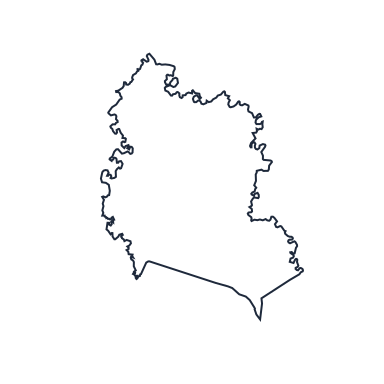 Mueang Yang, Nakhon Ratchasima, Thailand, rotated 247°
{"feature_id": "78962969B16605171909127", "entity_name": "Mueang Yang", "entity_type": "district", "adm_level": 2, "iso_a3": "THA", "parent_name": "Thailand", "parent_adm1": "Nakhon Ratchasima", "projection": "orthographic", "projection_center": [102.902, 15.442], "detail": "fine", "context": "isolated", "style": "outline", "palette": "slate", "viewbox_px": 384, "rotation_deg": 247, "n_neighbors": 0, "source": "geoboundaries", "source_scale": "gbopen_adm2", "svg_char_len": 6121}
<svg xmlns="http://www.w3.org/2000/svg" viewBox="0 0 384 384"><g transform="rotate(247 192 192)"><path d="M136.3,112.9L144.9,122.3L145.2,124.6L144.7,125.8L99.1,178.2L91.1,188.2L87.9,191.5L79.4,195.5L74.7,200.7L70.0,202.9L61.1,204.3L59.9,204.3L59.5,203.8L54.1,203.4L48.1,204.9L62.0,212.9L67.0,214.4L72.9,248.0L74.3,258.7L75.6,260.7L75.7,262.9L76.6,263.6L78.1,263.6L79.6,262.4L79.8,261.4L78.5,259.0L79.2,258.0L80.7,257.3L81.7,257.8L81.8,260.0L82.6,261.1L86.5,261.3L88.4,262.4L89.5,262.2L89.8,261.5L89.3,260.3L87.0,257.7L89.5,254.7L92.2,256.7L92.1,259.4L93.2,260.7L94.4,260.7L97.4,258.8L98.1,258.9L97.8,260.3L95.5,261.3L95.4,262.5L100.0,265.9L101.1,267.6L102.3,268.0L105.7,267.6L106.6,267.0L106.5,262.2L107.8,261.2L109.1,261.2L109.9,262.1L110.0,263.1L109.1,265.6L109.7,266.6L110.7,266.8L111.9,266.1L112.7,264.4L114.0,263.0L117.1,261.5L118.3,261.6L119.4,262.8L120.2,261.9L125.4,260.8L126.2,259.9L126.1,256.9L127.0,255.8L130.0,255.8L131.7,258.8L136.1,257.7L137.7,256.8L138.2,255.4L135.9,253.4L135.4,251.8L136.5,250.2L138.3,249.2L138.3,246.1L140.2,243.7L140.5,241.2L142.1,238.7L142.0,235.5L142.8,235.4L144.4,236.5L145.7,236.7L148.8,234.9L150.3,234.9L151.0,236.0L150.2,238.8L150.7,239.7L153.0,240.4L155.7,239.0L155.9,241.3L156.5,242.1L160.2,242.7L162.2,245.5L162.7,247.1L160.5,250.5L161.2,251.5L163.3,252.3L165.6,252.0L165.7,248.8L164.3,247.6L166.4,245.9L167.2,245.9L168.0,247.4L168.0,249.8L170.1,251.4L170.8,252.8L173.9,251.9L177.2,255.2L183.2,257.5L184.7,259.2L186.2,259.9L185.4,264.7L183.5,266.0L181.8,270.1L182.7,271.5L186.1,273.3L188.4,277.3L189.4,277.3L190.3,276.6L193.6,270.5L194.6,270.1L197.7,271.5L201.7,271.4L205.0,276.8L206.1,277.8L207.0,277.8L208.4,276.0L208.3,272.4L206.1,271.1L205.6,268.8L206.7,267.6L208.2,267.3L210.0,267.9L211.5,269.2L213.3,268.9L213.7,268.1L213.0,265.6L209.9,264.2L210.2,263.5L211.7,263.4L214.0,265.5L216.5,271.4L222.6,270.9L221.6,274.3L222.5,275.5L225.0,276.2L223.5,277.5L223.7,279.2L222.7,280.6L224.0,282.4L227.0,283.3L229.2,284.6L229.2,283.8L228.0,282.5L228.0,281.1L229.3,277.9L231.1,277.6L233.2,278.9L233.8,280.1L234.7,282.6L234.5,285.3L237.2,285.2L237.6,284.6L237.3,282.8L235.7,279.8L236.4,278.1L241.1,278.1L244.1,275.5L246.1,275.8L248.4,277.5L249.6,277.7L252.5,275.0L252.2,272.0L253.1,270.6L254.2,270.2L256.2,271.1L257.1,270.7L257.1,269.8L255.2,266.8L254.5,263.7L254.9,260.7L255.6,259.9L258.4,259.6L260.0,260.6L261.7,262.7L264.2,261.6L265.7,263.6L268.2,260.5L271.3,261.4L272.0,261.1L272.1,260.1L270.4,256.6L270.7,253.4L269.4,251.3L269.1,247.7L267.8,245.1L268.2,242.5L270.3,241.2L268.3,240.0L268.3,236.7L269.6,235.2L272.1,235.2L273.5,234.3L273.8,233.4L273.1,231.0L273.7,229.4L274.3,229.0L277.3,229.2L279.0,230.9L279.4,233.4L278.7,234.5L275.0,235.4L274.7,235.9L275.3,237.1L276.9,236.6L279.6,237.1L281.9,233.5L285.3,232.5L285.1,231.6L282.7,230.6L284.9,227.7L284.8,225.2L283.7,223.9L284.6,221.2L282.9,220.3L282.6,219.1L284.0,217.9L285.7,218.0L287.7,218.9L289.6,217.9L289.8,216.9L288.8,215.2L289.4,212.7L288.5,211.4L289.0,210.3L293.6,209.2L295.8,207.1L298.4,207.6L299.0,208.7L298.9,213.6L295.9,215.9L295.7,217.8L297.9,221.7L302.1,222.7L303.5,221.7L303.7,218.7L302.7,217.7L301.3,214.7L299.8,213.8L299.8,213.1L300.9,210.2L303.6,210.0L304.7,210.4L305.6,212.9L309.1,214.0L309.6,215.0L309.4,215.7L308.1,216.6L307.8,218.1L306.3,219.5L306.4,220.1L309.8,221.7L311.9,224.2L313.9,224.8L314.9,224.4L317.8,220.9L319.9,217.2L321.0,213.9L322.8,212.0L322.9,210.2L323.6,208.9L328.5,209.1L335.9,206.8L335.8,204.6L334.8,203.5L330.6,203.6L329.5,202.9L329.6,201.3L333.3,198.9L333.0,197.0L332.6,196.7L331.8,197.4L330.8,197.0L330.0,197.4L328.6,196.1L328.4,194.8L325.6,192.3L325.2,190.4L326.4,190.2L326.4,189.8L324.5,189.7L324.5,188.6L323.1,186.7L322.7,183.5L320.9,181.7L319.6,181.3L318.7,181.7L317.0,179.1L317.2,178.2L316.1,177.1L315.7,175.0L316.7,173.4L318.1,173.9L319.2,173.3L319.5,172.3L316.2,170.5L315.0,168.7L314.1,163.8L314.6,161.5L313.6,161.3L312.8,163.2L311.0,164.1L308.7,163.7L306.8,164.2L305.4,163.7L305.3,161.5L302.1,156.4L301.3,151.6L297.9,146.0L297.1,145.9L294.2,147.3L293.7,150.9L292.8,151.8L291.3,152.0L288.8,150.5L286.6,151.3L285.4,150.9L285.3,149.0L284.3,147.7L285.3,145.3L284.3,142.5L282.9,142.4L281.2,143.3L278.8,143.1L275.8,144.0L275.3,144.9L276.0,146.2L278.5,146.8L278.8,149.0L278.4,149.6L274.4,149.5L270.9,150.5L268.9,149.1L267.6,151.6L266.8,151.9L264.2,150.2L264.3,149.2L265.5,148.3L265.1,146.5L262.3,145.4L258.9,146.8L260.2,148.8L260.0,151.8L258.7,151.6L257.7,149.5L255.8,150.8L257.8,152.9L257.1,154.1L255.3,154.5L251.6,152.7L251.0,151.5L251.2,150.1L253.5,149.3L254.5,148.5L254.3,144.5L254.7,142.5L260.3,140.6L260.8,139.0L259.5,136.2L255.7,132.5L255.0,129.4L254.2,128.9L252.0,130.2L252.7,130.9L252.7,132.3L254.0,133.1L253.8,134.2L253.0,135.1L251.9,135.4L248.3,134.3L247.8,135.5L248.7,136.8L248.2,138.7L245.0,139.1L241.6,136.0L241.6,134.9L243.2,134.2L242.3,131.7L241.0,129.9L235.7,127.9L235.3,126.1L235.9,123.2L236.7,122.5L238.1,123.9L239.6,123.8L240.5,122.3L239.7,121.0L240.1,120.2L242.4,122.8L244.9,122.7L246.0,120.9L246.2,119.0L245.3,117.2L239.9,113.4L236.1,113.0L234.1,116.3L231.1,118.2L225.2,116.8L221.5,114.5L221.8,113.1L221.0,112.0L220.9,110.3L222.6,108.6L222.6,107.4L219.2,107.9L216.2,105.3L213.6,105.0L210.1,102.3L207.4,102.2L205.3,100.2L204.4,102.4L203.4,102.1L202.4,103.2L201.4,102.9L201.1,104.0L200.0,104.2L199.7,105.3L198.8,105.8L198.9,107.4L199.8,107.9L200.0,109.4L196.9,109.5L197.0,108.3L194.9,107.6L196.6,106.8L196.3,106.1L193.7,105.5L192.9,104.1L194.6,102.8L196.0,103.7L196.7,102.2L191.0,98.7L189.1,99.7L184.9,100.5L185.6,102.2L185.3,102.7L182.1,101.5L178.8,102.1L178.5,102.9L179.7,106.7L181.1,108.4L180.8,111.4L179.6,111.5L179.6,110.0L178.5,109.3L177.9,109.8L176.8,109.5L174.9,110.7L173.2,110.6L173.4,113.1L170.7,116.1L168.6,115.7L167.2,113.3L167.1,111.2L165.4,111.9L164.3,111.3L164.1,109.1L162.0,110.0L159.5,109.4L157.6,112.8L156.5,111.9L154.7,112.2L156.2,110.6L155.6,110.0L153.7,109.8L152.0,111.0L150.2,111.1L146.4,109.4L141.8,109.6L141.4,107.7L140.0,108.2L139.4,107.8L140.2,106.5L139.6,105.7L138.8,106.5L137.0,106.9L136.4,108.5L135.0,106.6L133.6,106.9L133.8,107.9L135.3,109.7L135.0,111.1L136.4,112.1L136.3,112.9Z" fill="none" stroke="#1e293b" stroke-width="2"/></g></svg>